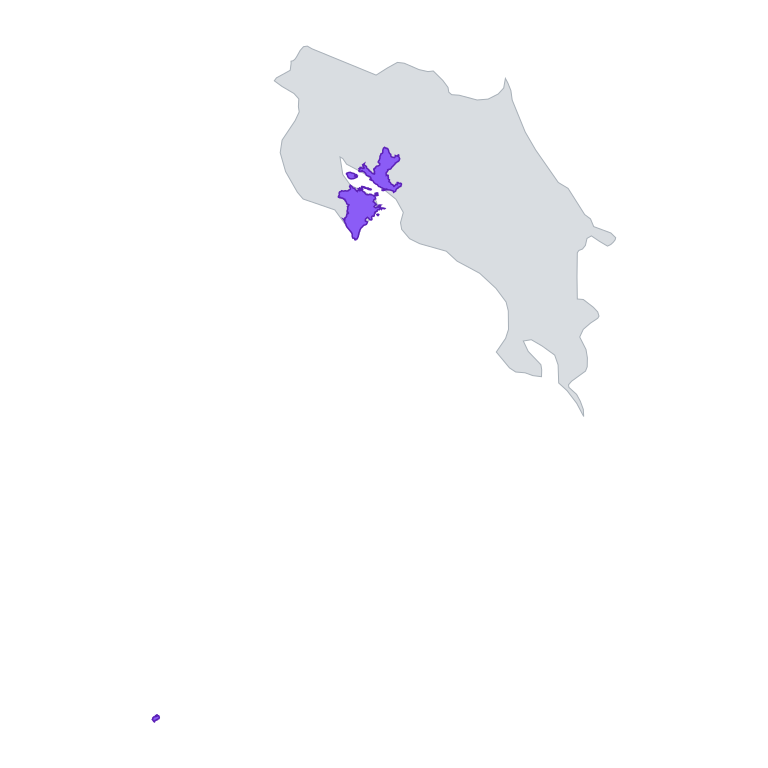 location of Puntarenas, Puntarenas, Costa Rica
{"feature_id": "36466004B9758970649099", "entity_name": "Puntarenas", "entity_type": "district", "adm_level": 2, "iso_a3": "CRI", "parent_name": "Costa Rica", "parent_adm1": "Puntarenas", "projection": "natural_earth1", "projection_center": [-85.046, 7.918], "detail": "fine", "context": "in_parent", "style": "filled", "palette": "violet", "viewbox_px": 768, "rotation_deg": 0, "n_neighbors": 0, "source": "geoboundaries", "source_scale": "gbopen_adm2", "svg_char_len": 7766}
<svg xmlns="http://www.w3.org/2000/svg" viewBox="0 0 768 768"><path d="M615.7,237.7L615.1,239.9L613.3,242.2L610.8,244.5L607.5,246.1L599.4,241.3L591.4,235.9L587.0,238.4L585.4,245.4L582.5,249.0L578.8,250.5L577.3,252.8L577.0,276.6L577.3,299.0L583.3,299.5L593.4,307.3L597.7,311.9L599.0,316.1L597.8,318.2L590.5,323.1L583.3,329.3L579.7,337.0L586.0,349.5L587.4,357.9L587.2,366.8L585.5,371.1L571.6,381.2L568.5,384.8L568.9,387.4L576.6,394.4L580.3,401.2L583.3,409.4L583.7,416.5L576.7,403.3L567.1,390.7L558.7,383.0L558.1,364.9L554.7,355.1L542.1,346.0L531.3,339.7L523.3,341.0L528.2,351.4L540.9,364.7L541.7,369.8L541.5,376.7L532.8,375.6L525.1,372.8L515.7,372.0L509.5,367.9L496.3,352.0L505.6,338.4L508.5,329.4L508.3,310.9L506.1,302.0L495.9,288.3L479.7,273.3L457.0,261.1L446.3,251.2L419.7,243.7L409.6,238.7L401.7,229.4L400.5,222.7L403.3,212.4L396.0,199.3L364.3,173.6L346.6,164.2L342.8,158.6L340.0,156.9L342.8,174.6L350.5,185.3L370.7,195.3L376.2,201.1L378.5,208.7L366.8,223.1L360.8,226.8L359.0,234.7L355.2,237.1L351.2,232.5L334.8,209.9L303.1,199.0L297.4,192.3L285.6,171.6L280.2,152.7L282.1,140.1L295.2,120.5L299.2,111.9L298.4,106.6L298.8,98.9L294.0,93.5L281.9,86.4L274.3,80.8L276.4,77.9L290.2,70.3L291.1,63.5L291.0,61.2L293.2,60.7L295.2,58.9L296.5,57.0L300.2,50.4L303.5,46.7L307.3,46.1L312.0,48.8L329.3,55.9L348.6,63.8L376.1,75.1L387.5,67.9L397.4,62.4L404.2,63.2L419.0,69.6L427.9,71.6L433.3,71.0L442.8,80.4L448.0,87.4L448.8,92.2L451.7,94.7L459.1,95.2L477.1,100.0L488.1,99.1L498.2,94.0L503.7,88.0L505.4,78.4L507.9,83.1L510.9,90.6L512.2,100.1L525.2,132.0L535.6,149.9L558.3,182.5L568.1,188.4L584.7,214.6L590.5,218.9L593.7,226.6L610.9,233.0L615.7,237.7Z" fill="#d9dde1" stroke="#a8b0b8" stroke-width="1"/><path d="M355.2,189.6L354.8,188.3L353.2,188.2L351.8,186.4L350.3,185.2L350.0,186.0L349.6,186.3L349.7,186.9L350.4,187.9L350.5,188.9L349.7,189.7L348.5,190.2L348.0,190.9L346.3,191.0L345.2,190.7L343.6,191.2L341.6,190.7L341.0,191.5L339.6,191.9L339.1,193.1L339.4,194.9L338.6,196.0L338.3,196.9L338.6,197.3L339.2,197.1L339.9,197.3L339.9,197.6L340.3,197.5L340.4,197.8L340.9,197.6L341.4,198.1L342.3,198.0L342.9,198.5L343.3,198.5L343.6,199.1L344.7,199.2L345.0,200.5L345.5,200.5L345.5,201.0L346.1,201.7L346.7,203.3L346.7,203.8L348.4,204.6L348.4,204.8L348.9,204.8L348.8,205.3L348.0,205.9L348.1,206.6L347.5,206.8L347.8,207.3L347.6,208.4L347.9,209.0L347.4,209.9L347.3,210.9L347.0,211.1L347.3,211.9L347.2,212.8L347.7,213.1L348.2,212.6L348.4,213.3L347.6,213.9L346.9,214.1L346.5,215.6L346.7,216.1L346.2,216.6L346.0,217.3L345.4,217.6L345.2,218.1L344.8,218.1L344.8,219.7L343.2,219.0L344.0,220.1L345.1,222.8L346.0,224.3L346.1,225.2L346.7,226.7L351.1,232.0L351.8,233.1L352.2,234.2L352.2,236.3L352.8,238.1L354.5,238.3L354.8,238.7L354.9,239.1L354.7,239.3L354.8,239.7L355.6,239.9L355.9,239.8L356.1,239.1L357.1,238.9L358.2,236.6L359.0,232.6L359.7,231.2L359.8,230.2L360.9,228.2L362.7,226.5L363.6,225.3L365.2,224.9L366.4,224.3L367.3,222.6L367.4,222.1L367.0,221.5L365.6,221.2L365.3,220.9L365.5,219.0L367.4,217.3L368.9,218.5L369.4,219.4L370.9,220.0L371.5,219.9L371.9,219.5L371.9,218.8L371.6,217.3L371.8,216.7L372.0,216.3L372.7,216.0L373.8,216.3L374.2,215.7L374.3,214.1L375.3,212.9L374.8,212.3L375.7,211.7L377.1,211.3L377.0,210.6L377.7,209.7L379.3,209.7L379.5,208.9L380.8,208.1L380.9,207.6L377.3,207.0L377.0,207.4L376.6,207.2L376.2,207.7L375.5,207.8L374.0,206.7L375.5,205.0L376.6,204.9L376.2,204.1L375.1,203.6L374.9,202.7L373.2,201.7L373.7,200.9L373.7,200.2L374.1,199.5L375.7,198.9L374.9,196.2L373.9,196.1L373.7,195.9L373.8,195.5L372.1,195.0L371.1,194.3L370.5,194.6L369.9,194.1L368.8,194.8L367.6,194.8L367.1,194.5L366.3,194.6L365.0,193.3L364.6,192.2L363.2,191.7L361.8,190.2L360.7,190.3L360.0,190.7L359.1,190.7L358.9,190.4L359.4,190.4L359.3,190.0L358.5,189.9L357.2,190.7L357.2,191.4L356.4,190.9L355.9,190.0L355.2,189.6ZM388.7,150.9L387.9,148.9L387.0,148.6L386.8,148.1L385.8,148.2L384.6,147.3L383.5,148.2L382.8,150.2L382.8,152.5L382.3,153.3L381.0,153.8L380.6,155.2L380.0,156.2L379.9,158.5L379.5,159.2L379.2,160.4L378.7,160.8L378.3,161.5L378.2,162.2L378.8,162.9L379.8,163.6L379.7,165.0L378.3,165.9L376.5,166.2L375.9,166.8L375.5,168.0L374.9,168.0L373.9,168.8L373.8,169.6L374.3,169.8L374.1,170.6L374.6,171.7L374.2,172.4L374.6,173.0L374.5,173.8L375.1,174.1L373.1,173.8L372.0,173.1L370.7,171.6L369.1,170.6L368.8,169.7L366.5,168.0L366.6,167.0L366.2,166.3L363.9,164.6L364.3,163.6L362.8,164.7L363.2,165.0L362.9,165.7L363.2,165.7L363.3,167.0L364.1,167.3L364.0,168.4L363.0,168.4L362.7,168.1L362.1,168.4L361.1,167.5L360.5,168.0L360.1,167.5L359.9,167.8L360.1,168.5L359.1,168.7L359.7,169.5L359.7,170.1L358.9,170.3L358.8,170.9L359.4,171.6L360.8,171.6L361.2,171.5L361.7,170.8L362.2,170.7L362.4,171.2L364.2,171.9L364.3,172.2L365.4,173.0L366.5,175.3L369.8,176.6L370.7,177.5L371.1,179.0L370.2,179.1L369.9,179.4L369.9,179.6L371.2,180.1L371.4,180.4L372.3,180.3L373.3,181.3L373.9,182.6L376.1,184.2L377.4,184.6L378.1,185.8L379.0,186.6L380.2,186.8L381.4,187.8L382.7,188.1L383.7,189.0L384.5,188.9L385.4,189.2L386.6,189.0L387.3,189.4L385.6,189.4L385.0,189.8L382.4,189.9L382.0,190.0L382.1,190.4L383.3,190.6L385.7,189.9L387.4,189.8L390.1,190.0L393.2,191.0L393.6,192.3L395.6,191.1L396.1,189.5L397.0,188.5L397.9,188.3L398.3,187.2L399.0,187.2L399.6,186.7L400.8,186.4L401.0,185.2L401.4,184.9L401.4,183.8L400.7,183.2L399.0,183.4L398.0,182.5L397.7,182.8L397.2,182.6L397.1,182.9L397.3,183.4L397.1,184.7L395.9,184.3L394.7,185.9L394.2,185.9L394.1,186.4L393.8,186.4L393.6,185.6L392.9,185.2L392.8,184.7L391.2,184.2L390.3,182.4L389.0,181.7L388.9,181.4L389.4,180.5L389.4,179.7L388.6,179.4L388.1,178.2L388.4,177.4L387.8,176.0L388.2,175.8L388.2,175.4L386.9,175.0L386.3,175.4L386.1,173.4L386.3,172.5L387.1,171.9L387.7,170.8L387.7,170.0L388.1,170.2L389.0,169.2L389.9,169.3L390.9,168.7L392.0,166.9L392.5,166.7L393.6,165.3L394.4,164.7L395.2,163.7L395.3,163.1L396.1,162.9L396.4,162.4L397.2,162.0L397.7,161.4L398.1,161.5L399.1,160.6L399.4,159.2L399.7,159.0L399.7,158.7L398.7,156.5L398.6,156.0L398.8,155.6L398.6,154.9L397.9,155.2L397.3,156.2L395.3,155.5L395.3,156.5L394.5,157.6L392.1,157.1L391.3,156.7L390.9,156.1L390.7,154.3L389.8,153.7L389.2,152.7L388.8,151.8L388.7,150.9ZM356.3,174.6L355.1,174.4L354.0,173.5L351.5,172.9L350.3,172.3L348.3,172.6L347.4,173.1L347.1,173.0L346.4,173.9L347.4,175.2L347.7,176.5L348.6,177.8L349.8,178.6L351.2,178.9L353.7,178.6L356.9,177.2L357.2,176.8L357.4,175.9L356.4,175.7L355.5,176.2L354.6,176.0L354.8,175.5L355.6,175.4L356.3,174.6ZM157.5,715.9L157.2,714.9L156.9,714.9L157.0,715.5L156.6,715.7L155.5,715.6L155.5,715.9L156.0,716.1L156.2,716.4L153.6,717.0L153.3,717.7L152.8,717.9L152.7,719.1L152.3,719.4L153.9,721.6L154.5,721.9L155.2,720.3L155.7,720.4L156.4,720.1L156.6,719.6L157.5,719.7L157.9,719.0L159.0,718.6L159.3,717.3L158.9,716.1L158.5,715.7L157.5,715.9ZM360.3,189.6L361.4,189.8L362.7,189.6L362.7,189.3L361.9,188.6L360.9,188.2L359.7,187.9L359.7,188.2L359.1,188.6L358.3,188.6L358.8,189.3L359.1,189.3L359.2,188.9L359.4,189.7L359.7,189.9L360.4,189.9L360.3,189.6ZM377.8,193.2L377.1,192.8L376.0,193.1L376.3,193.3L376.8,193.2L376.9,193.5L376.4,194.0L375.0,194.0L375.2,195.0L376.5,195.7L377.6,195.4L378.1,195.1L377.4,194.0L377.8,193.2ZM365.8,187.8L365.5,188.3L366.7,188.4L368.2,189.4L370.6,189.9L371.2,189.6L370.9,189.0L370.1,189.1L370.0,188.8L368.2,188.4L368.0,187.9L367.1,188.1L365.8,187.8ZM364.8,187.0L361.8,186.4L361.6,186.7L361.7,187.0L362.4,187.2L362.8,187.5L365.1,187.8L365.1,187.4L364.8,187.0ZM379.9,205.0L378.8,205.2L378.8,205.8L379.1,206.2L378.1,206.5L378.1,206.8L379.0,206.8L380.1,206.4L379.6,205.8L380.7,205.1L379.9,205.0ZM377.6,214.2L376.9,214.5L377.6,215.5L378.1,215.5L378.1,215.2L378.8,214.7L378.5,214.3L377.6,214.2ZM382.4,208.3L381.1,208.4L380.6,208.9L381.2,209.3L381.2,209.1L382.4,208.6L382.4,208.3ZM384.9,208.5L383.0,208.0L383.0,208.5L384.6,208.8L384.9,208.5Z" fill="#8b5cf6" stroke="#5b21b6" stroke-width="1.5"/></svg>